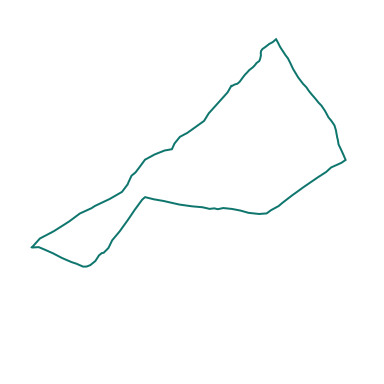 the district of Gwelekpoken, Maryland, Liberia, rotated 232°
{"feature_id": "62588387B88590052314441", "entity_name": "Gwelekpoken", "entity_type": "district", "adm_level": 2, "iso_a3": "LBR", "parent_name": "Liberia", "parent_adm1": "Maryland", "projection": "albers", "projection_center": [-7.93, 4.962], "detail": "fine", "context": "isolated", "style": "outline", "palette": "teal", "viewbox_px": 384, "rotation_deg": 232, "n_neighbors": 0, "source": "geoboundaries", "source_scale": "gbopen_adm2", "svg_char_len": 1925}
<svg xmlns="http://www.w3.org/2000/svg" viewBox="0 0 384 384"><g transform="rotate(232 192 192)"><path d="M147.9,341.2L152.0,343.4L156.9,345.3L161.9,345.6L163.1,345.6L166.8,345.5L170.2,346.1L173.7,346.7L180.4,347.2L182.0,347.0L183.2,346.9L184.7,346.7L188.9,346.7L195.0,346.4L199.3,346.3L204.2,346.6L208.9,346.1L217.0,346.2L226.7,347.4L233.3,348.9L238.3,349.9L242.1,349.9L250.5,350.6L252.4,350.8L256.7,351.7L259.7,352.2L260.6,352.3L260.6,351.5L260.4,348.0L261.1,344.1L261.1,339.1L261.3,335.4L260.5,333.1L259.1,331.7L257.2,330.4L254.9,327.6L253.8,325.6L253.9,322.2L253.4,320.4L253.1,319.0L252.8,316.7L252.8,312.1L252.2,308.7L251.8,305.8L250.7,301.6L249.5,297.3L249.4,294.4L250.5,291.6L251.0,288.3L251.4,288.2L248.6,281.4L245.5,264.0L243.7,253.7L240.6,245.3L241.1,233.0L241.5,224.2L241.8,222.9L242.7,217.7L242.9,216.3L241.0,208.1L238.1,202.5L241.0,197.0L241.5,196.2L244.6,185.6L246.4,174.8L245.7,172.4L243.8,165.6L242.2,159.5L242.1,154.4L238.8,148.0L237.6,145.9L235.2,136.9L235.3,136.1L237.2,122.7L239.0,114.8L240.8,106.7L241.1,102.9L242.9,95.4L244.1,90.4L244.4,77.3L246.2,58.9L248.0,49.0L249.0,43.5L247.2,33.4L247.1,31.7L246.7,31.8L245.2,34.0L243.6,36.3L242.9,37.3L236.8,40.7L229.1,44.8L220.3,48.8L217.5,50.3L211.3,53.7L209.9,54.6L206.6,56.8L200.3,60.2L198.2,62.9L197.0,66.8L197.1,73.3L198.3,76.8L199.3,79.6L199.4,83.2L198.5,85.0L199.3,91.6L203.1,99.4L205.5,110.7L209.5,124.4L210.8,128.5L213.1,135.5L216.6,147.9L216.8,150.4L216.8,151.9L215.9,152.6L209.9,157.3L202.5,164.0L189.8,174.4L180.8,183.1L173.6,190.8L170.2,193.6L168.0,195.3L167.3,196.4L165.4,199.5L162.6,201.7L160.1,206.8L154.0,213.1L147.6,218.7L140.8,223.7L133.4,231.3L129.2,237.6L129.0,243.2L127.6,251.6L127.8,257.0L127.7,269.2L127.5,273.5L127.2,282.5L126.1,300.1L125.2,310.0L125.7,316.8L123.0,327.8L122.7,332.8L128.0,334.2L131.3,335.0L134.7,335.8L139.3,336.8L143.1,338.9L146.0,340.2L147.4,341.0L147.9,341.2Z" fill="none" stroke="#0f766e" stroke-width="2"/></g></svg>